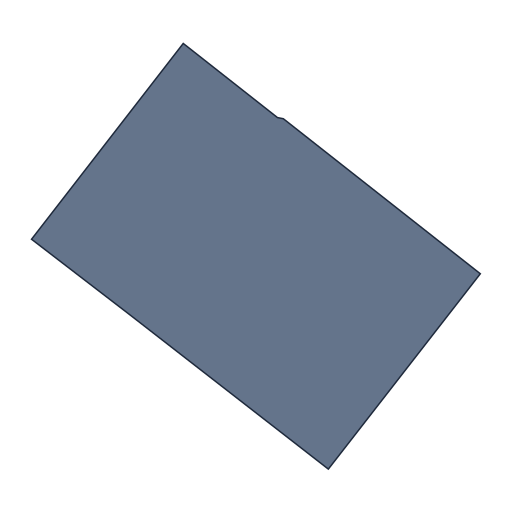 Antelope, Nebraska, United States of America, rotated 128°
{"feature_id": "52423323B82245570198115", "entity_name": "Antelope", "entity_type": "district", "adm_level": 2, "iso_a3": "USA", "parent_name": "United States of America", "parent_adm1": "Nebraska", "projection": "orthographic", "projection_center": [-98.066, 42.176], "detail": "fine", "context": "isolated", "style": "filled", "palette": "slate", "viewbox_px": 512, "rotation_deg": 128, "n_neighbors": 0, "source": "geoboundaries", "source_scale": "gbopen_adm2", "svg_char_len": 265}
<svg xmlns="http://www.w3.org/2000/svg" viewBox="0 0 512 512"><g transform="rotate(128 256 256)"><path d="M381.0,443.2L380.0,318.3L379.4,67.8L131.9,68.3L131.0,319.0L133.7,324.3L133.3,444.2L381.0,443.2Z" fill="#64748b" stroke="#1e293b" stroke-width="1.5"/></g></svg>